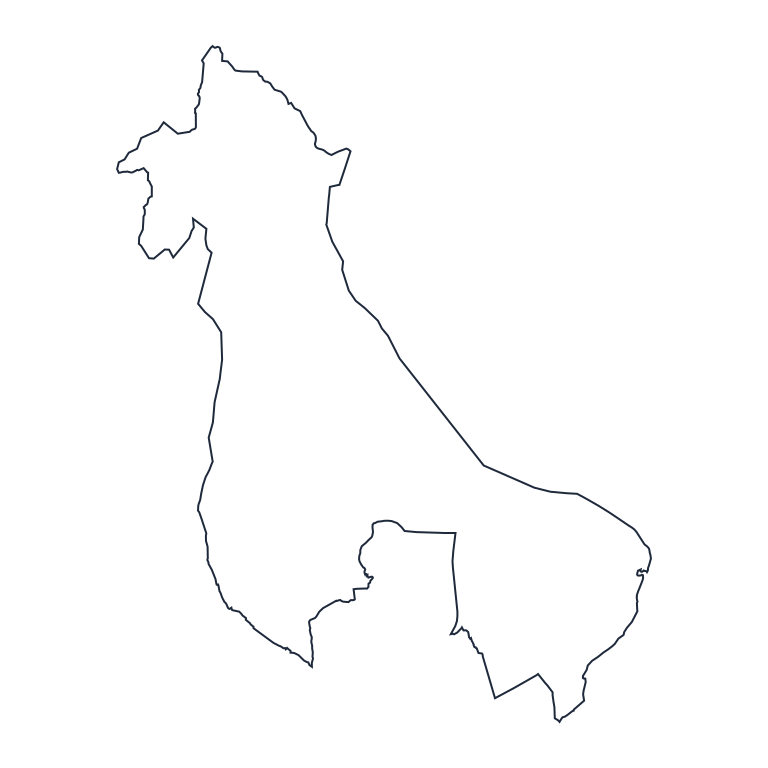 Kpone Katamanso, Greater Accra, Ghana (Equal Earth projection)
{"feature_id": "2480657B63581433334614", "entity_name": "Kpone Katamanso", "entity_type": "district", "adm_level": 2, "iso_a3": "GHA", "parent_name": "Ghana", "parent_adm1": "Greater Accra", "projection": "equal_earth", "projection_center": [-0.063, 5.768], "detail": "fine", "context": "isolated", "style": "outline", "palette": "slate", "viewbox_px": 768, "rotation_deg": 0, "n_neighbors": 0, "source": "geoboundaries", "source_scale": "gbopen_adm2", "svg_char_len": 6068}
<svg xmlns="http://www.w3.org/2000/svg" viewBox="0 0 768 768"><path d="M253.5,628.2L273.5,642.9L279.1,645.8L280.6,646.3L283.6,648.3L285.2,648.1L285.8,649.3L287.1,647.9L288.6,649.4L289.5,649.9L290.7,651.2L290.5,652.6L294.2,653.0L298.5,655.1L304.1,660.6L306.7,662.0L308.3,662.4L309.5,665.1L311.9,666.8L311.8,663.1L313.0,658.5L312.5,656.7L312.8,652.2L312.1,648.2L312.2,645.9L311.3,642.0L311.4,640.3L311.6,639.6L311.8,637.3L310.6,634.1L309.8,630.1L310.3,628.1L309.8,626.6L309.2,623.3L309.1,621.7L309.9,620.4L310.5,619.9L315.0,618.0L316.4,616.5L319.3,611.7L323.1,608.1L336.3,600.7L336.8,601.0L339.0,600.2L340.3,600.0L341.6,601.1L343.5,601.7L348.4,602.1L350.8,600.1L352.7,600.2L353.3,600.0L353.7,600.1L354.3,599.8L354.8,599.3L353.6,589.2L356.7,588.8L366.1,588.5L367.0,588.6L368.4,587.0L368.5,584.4L368.6,583.5L369.9,582.8L370.2,582.3L370.3,581.0L370.7,580.4L371.7,579.4L372.6,578.4L372.8,577.4L372.3,576.8L371.2,576.7L368.4,577.6L367.6,576.2L367.0,576.3L367.2,575.2L367.5,575.0L367.5,574.6L366.6,574.8L366.1,574.0L365.5,574.0L365.2,574.5L364.6,573.0L364.5,571.8L364.8,570.4L365.2,569.5L364.8,568.5L364.3,567.9L363.3,567.5L361.3,564.7L359.6,561.5L359.1,559.6L359.2,556.9L359.4,555.7L360.3,553.1L360.3,550.2L361.3,547.3L361.9,546.1L365.8,542.9L369.3,539.3L371.4,537.5L372.3,535.7L373.0,532.0L372.5,527.5L372.6,524.8L373.7,523.3L374.9,523.1L377.7,521.7L382.3,521.2L384.0,520.8L388.1,520.7L391.7,521.1L397.2,523.1L401.7,527.3L404.6,531.0L416.5,532.1L444.8,533.0L455.5,533.0L453.3,551.1L452.5,561.3L452.9,567.5L457.4,611.5L457.4,616.4L456.9,621.1L455.3,626.0L450.8,634.2L453.1,633.8L454.1,634.3L457.3,632.5L458.8,630.9L461.4,628.3L461.9,627.4L463.5,630.4L466.0,630.3L466.7,630.7L468.2,632.1L469.1,637.2L470.2,638.8L471.0,638.1L471.9,641.1L472.4,641.8L473.3,643.8L473.7,644.3L473.6,645.1L474.5,647.1L475.7,647.3L476.1,648.2L476.8,648.4L477.2,649.6L478.5,653.0L482.0,653.5L482.6,654.5L482.8,656.5L495.0,698.2L514.4,687.8L536.7,675.1L538.0,674.0L545.2,683.0L547.4,685.4L552.6,692.3L552.6,695.3L553.7,703.1L554.4,707.0L554.8,718.3L558.1,720.3L559.5,721.9L561.6,718.5L562.5,717.3L565.0,716.6L567.5,714.9L572.5,711.0L573.7,710.7L573.8,709.6L584.1,700.7L583.1,694.3L583.6,690.7L585.7,682.1L585.3,678.6L584.8,678.4L584.1,678.6L583.3,678.4L582.9,677.9L583.0,675.9L586.6,670.0L587.8,665.5L592.1,660.8L598.0,656.9L603.3,652.6L608.1,649.4L612.4,646.1L614.8,643.9L618.4,638.6L623.6,634.9L624.2,632.1L627.0,627.7L631.9,621.9L637.4,611.2L637.2,609.5L636.9,603.0L637.5,601.5L637.2,600.8L636.7,597.6L636.7,597.1L637.0,596.5L636.8,595.5L637.3,593.7L638.4,590.7L639.2,588.8L642.2,581.2L642.7,579.8L643.1,577.7L642.9,575.2L641.9,574.8L641.0,575.4L639.1,575.6L638.2,575.6L637.5,575.3L637.1,574.3L637.4,572.6L638.1,570.6L640.7,569.5L640.3,570.9L641.3,571.8L642.3,571.7L643.8,570.5L644.3,570.9L646.5,571.2L647.0,572.1L647.9,570.4L648.0,568.4L648.4,566.9L648.9,565.8L650.9,558.7L650.8,557.4L650.5,555.5L650.0,553.3L649.7,552.6L649.5,550.6L649.0,548.7L648.4,547.8L647.1,546.4L644.5,544.4L636.5,532.0L634.4,529.5L631.8,527.5L628.3,525.3L616.1,517.0L608.4,511.9L598.4,505.7L586.9,499.1L577.1,493.8L566.3,493.2L550.3,491.7L534.4,487.7L483.7,465.5L399.5,358.4L388.0,335.8L381.9,328.5L378.0,320.8L364.8,308.1L355.7,300.8L348.8,290.6L342.2,269.8L343.1,261.3L332.3,241.7L326.3,224.6L326.7,223.2L328.8,197.7L329.2,194.7L329.9,186.9L337.7,185.1L339.4,184.9L344.8,168.8L350.5,151.3L348.3,149.4L346.3,148.6L338.0,151.7L331.4,155.0L328.7,153.8L326.8,152.6L325.3,151.5L325.0,151.1L323.6,150.2L322.0,149.5L318.4,148.6L316.6,147.6L315.7,146.6L315.0,144.6L315.0,143.5L315.6,141.5L315.9,139.2L315.8,137.3L315.3,135.4L313.4,132.6L311.5,131.3L310.6,130.2L310.3,129.5L309.9,129.1L309.5,128.4L309.1,128.0L307.5,125.4L302.1,115.2L300.2,111.1L294.6,108.4L291.1,102.9L288.5,103.9L287.4,99.8L286.2,97.4L285.3,96.1L282.1,92.6L280.8,91.6L274.8,89.8L274.4,89.5L272.1,86.4L270.3,83.4L267.7,81.9L267.0,81.7L265.2,81.6L263.6,80.3L263.0,79.7L262.2,77.2L261.8,76.7L261.3,76.4L260.3,76.0L259.5,75.6L259.0,74.8L258.0,72.9L257.6,71.7L242.0,71.4L235.5,70.6L234.6,69.9L233.9,69.0L232.2,66.5L228.6,62.5L227.7,61.4L222.1,60.9L222.4,53.7L221.5,52.4L220.9,51.7L220.3,50.1L220.0,48.2L219.5,47.6L218.2,47.0L217.5,46.9L216.9,47.0L215.7,47.6L214.9,47.8L213.3,46.8L212.6,46.1L210.9,47.6L202.0,60.4L203.7,63.4L202.1,82.2L200.8,85.3L200.5,87.4L200.3,88.1L199.3,89.3L198.9,89.9L199.0,92.2L197.9,93.7L198.0,94.9L198.5,95.6L198.9,95.7L199.6,97.1L199.7,98.5L199.0,103.9L198.7,104.6L196.1,107.9L195.3,108.5L195.0,109.0L195.2,110.6L195.0,112.9L195.8,113.3L195.9,126.9L195.8,127.6L195.2,128.5L194.7,129.0L192.3,129.6L191.1,130.4L189.7,131.8L177.8,133.7L163.7,122.3L157.9,130.6L141.2,138.0L137.1,148.7L128.8,152.7L124.6,159.4L118.8,162.3L117.1,169.1L118.8,172.8L120.2,172.6L123.3,171.8L126.1,171.8L127.1,171.5L130.5,172.4L132.0,172.5L133.0,172.2L134.7,171.2L135.2,171.1L137.1,169.9L138.8,170.3L143.6,168.1L147.2,172.3L148.1,172.6L147.9,180.3L149.3,181.3L149.9,182.9L151.8,186.5L151.8,196.4L150.4,196.8L148.4,198.6L147.8,202.2L147.2,204.1L146.6,204.6L145.4,205.3L145.0,206.0L143.8,206.9L143.8,207.9L144.7,209.6L144.8,211.3L144.8,213.4L144.6,214.7L143.5,216.4L143.4,220.1L142.8,229.6L139.2,237.1L138.9,243.9L141.2,245.9L149.0,258.2L153.8,258.6L164.8,249.5L169.1,249.7L173.2,257.5L189.3,238.0L191.6,231.0L193.8,227.5L193.0,218.7L206.4,228.8L205.4,238.7L206.4,245.4L207.8,249.1L211.6,252.7L198.1,303.8L205.0,312.1L213.0,319.2L221.2,332.3L222.1,359.8L220.4,373.4L219.8,378.8L214.6,402.2L212.9,422.4L208.7,437.6L212.7,461.7L211.8,463.5L209.4,469.9L207.0,474.6L205.7,476.9L203.0,485.1L201.2,493.6L200.2,499.9L198.7,504.0L198.3,505.6L198.0,510.6L199.2,512.2L201.3,518.1L206.3,533.3L205.9,535.9L206.0,541.0L207.5,546.3L207.6,547.3L207.8,558.3L207.3,559.9L208.4,562.2L208.6,564.0L211.8,569.8L215.5,579.1L216.2,582.9L216.6,584.5L217.2,584.9L218.0,584.5L218.4,585.3L219.5,591.2L220.4,592.6L222.2,597.6L224.5,602.1L225.6,602.9L226.4,604.2L227.9,607.7L228.7,608.6L229.7,608.9L231.4,607.7L231.9,609.8L232.6,610.2L239.3,611.7L241.5,614.0L242.5,615.5L246.0,618.1L245.8,619.8L250.1,623.3L250.6,624.4L253.5,626.7L253.5,628.2Z" fill="none" stroke="#1e293b" stroke-width="2"/></svg>